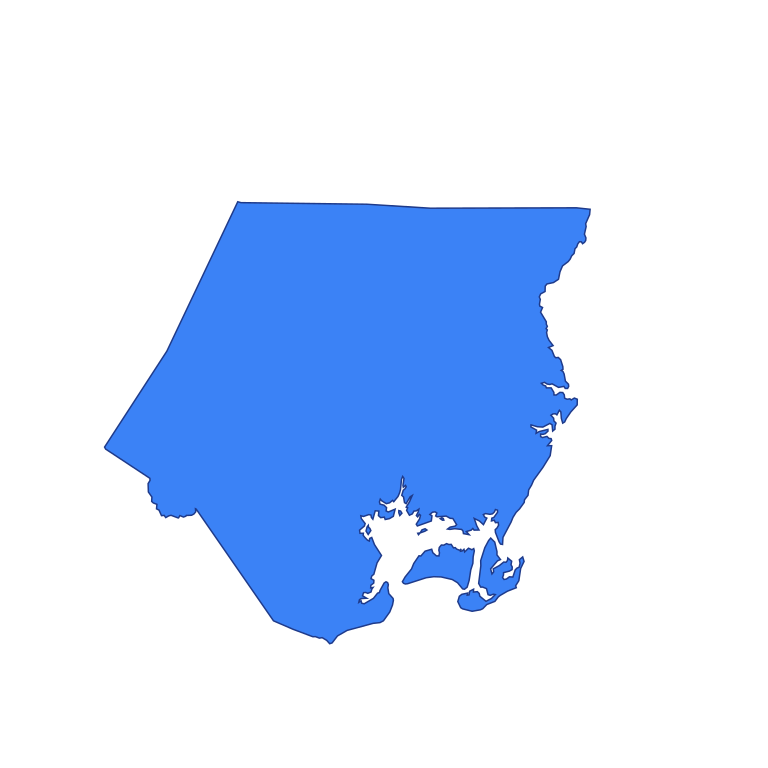 outline of Lamu West, Coast, Kenya, rotated 33°
{"feature_id": "3690345B28138832354018", "entity_name": "Lamu West", "entity_type": "district", "adm_level": 2, "iso_a3": "KEN", "parent_name": "Kenya", "parent_adm1": "Coast", "projection": "equal_earth", "projection_center": [40.664, -2.131], "detail": "fine", "context": "isolated", "style": "filled", "palette": "blue", "viewbox_px": 768, "rotation_deg": 33, "n_neighbors": 0, "source": "geoboundaries", "source_scale": "gbopen_adm2", "svg_char_len": 6177}
<svg xmlns="http://www.w3.org/2000/svg" viewBox="0 0 768 768"><g transform="rotate(33 384 384)"><path d="M462.0,634.7L464.1,633.2L468.2,632.3L470.3,630.4L475.5,630.2L479.9,631.4L481.5,629.4L482.2,620.6L487.3,610.7L505.3,590.6L510.6,586.3L512.5,582.9L513.0,572.0L511.5,564.7L509.7,560.3L508.4,558.9L502.2,557.2L498.2,552.8L496.9,549.9L495.2,548.6L493.4,548.8L492.5,550.8L493.1,559.2L493.7,561.5L492.5,562.9L491.9,569.5L487.1,579.1L484.7,580.0L482.8,578.3L481.8,580.8L480.9,578.3L481.7,576.4L486.2,573.1L481.3,573.3L480.5,570.1L482.2,568.8L484.4,568.4L486.4,565.5L485.5,562.6L485.6,560.6L483.9,562.3L482.6,560.0L483.8,556.5L482.4,554.1L479.1,554.3L478.3,551.7L479.1,549.1L475.6,537.8L475.3,529.2L463.5,523.9L457.3,519.4L456.1,521.3L457.2,523.7L455.2,524.0L451.1,523.0L448.9,522.2L448.0,520.4L445.2,522.3L443.1,519.9L444.9,513.8L444.2,511.3L438.2,509.2L436.3,507.1L438.9,506.3L442.4,501.8L444.4,501.0L446.1,502.8L448.3,503.5L445.7,495.1L448.9,493.4L451.0,497.4L454.0,497.9L456.8,495.5L458.8,497.0L461.9,493.9L463.9,489.9L461.5,482.9L457.3,489.0L454.9,489.3L453.5,486.3L450.0,485.6L446.1,486.9L444.4,485.4L443.6,482.6L445.6,483.2L451.1,483.1L453.4,480.6L454.6,476.9L456.3,477.4L457.0,470.7L456.4,467.1L455.4,463.7L450.6,454.4L450.0,451.4L452.2,452.3L455.1,458.7L456.4,460.0L457.3,457.3L458.6,458.1L458.7,460.4L458.0,462.6L459.5,467.7L461.9,468.1L465.8,472.3L467.7,472.3L467.4,464.2L468.4,462.1L469.5,468.8L469.7,475.2L471.2,474.9L471.8,477.7L476.8,480.2L478.5,477.5L478.3,474.3L480.1,472.9L481.4,470.0L482.4,472.9L482.8,476.7L484.6,477.1L484.6,474.1L486.1,474.2L487.3,477.8L487.4,484.0L489.3,484.9L498.3,473.1L496.0,468.4L493.5,468.4L494.5,465.1L496.5,463.4L498.6,463.4L499.2,466.5L500.8,466.5L508.1,460.9L512.7,460.6L515.0,459.3L521.5,462.4L521.0,464.5L517.4,468.0L516.3,471.0L518.4,470.1L522.2,466.8L528.3,463.7L530.4,464.3L532.1,466.2L537.5,464.0L533.4,462.9L536.7,459.1L537.2,456.8L539.1,457.5L543.2,454.7L539.0,452.4L532.9,447.6L538.6,446.9L544.0,447.8L543.3,440.5L540.9,440.8L538.4,439.4L539.7,437.4L543.8,435.6L545.7,433.8L546.3,431.0L545.8,428.6L547.9,428.0L549.1,429.7L548.8,436.1L547.5,437.8L548.7,440.3L550.7,438.2L553.0,439.6L555.1,437.9L557.0,440.0L557.2,443.2L556.6,445.6L558.3,447.8L566.5,453.7L568.9,454.8L570.8,454.0L567.3,447.8L565.8,430.7L564.8,425.6L564.7,419.7L565.7,414.9L566.1,407.0L564.9,404.6L565.4,398.9L563.0,394.0L562.8,388.4L561.9,383.2L562.7,367.3L562.4,353.6L558.2,344.4L554.7,346.7L555.4,340.0L553.9,338.8L551.9,339.8L549.2,339.2L546.1,342.6L544.0,342.8L542.6,340.7L544.8,339.6L546.3,337.8L547.2,334.2L546.2,332.8L540.1,339.3L538.4,342.5L537.1,339.6L530.6,340.0L529.6,338.2L535.9,336.3L540.7,333.6L544.6,326.7L547.2,326.7L551.1,331.6L552.0,328.8L550.4,326.3L549.6,323.1L546.6,322.4L544.9,320.3L541.0,319.3L542.0,317.1L543.9,315.6L545.8,315.7L545.4,310.5L547.5,311.1L551.5,316.3L555.2,319.5L556.2,317.4L555.7,313.7L555.9,305.6L557.4,296.3L554.4,291.5L551.3,292.1L549.7,295.4L548.0,295.2L545.8,297.1L543.2,297.5L541.1,294.9L538.6,293.8L536.1,295.2L534.5,299.4L532.5,300.6L531.0,298.5L526.3,296.2L522.3,298.8L520.6,297.6L518.1,298.2L515.6,297.7L517.7,295.2L520.8,295.2L523.3,294.1L524.9,292.3L532.2,291.8L536.2,288.0L538.4,289.0L540.4,287.7L540.2,285.4L538.8,283.7L534.6,282.8L529.6,277.5L527.2,276.0L525.2,276.1L526.1,274.2L524.5,272.0L518.9,267.4L515.7,266.8L513.8,268.4L511.9,268.1L506.5,264.3L502.1,263.8L504.9,259.7L498.7,257.5L495.3,255.4L492.3,252.3L491.5,249.7L489.8,249.3L489.6,246.7L487.6,245.5L486.2,243.4L476.2,238.5L475.3,233.5L472.2,233.8L470.9,232.4L469.0,227.9L466.8,226.4L466.3,223.1L468.7,218.7L465.9,214.1L466.2,211.3L470.9,206.6L473.3,201.1L470.5,194.1L469.4,187.7L471.8,181.0L472.1,177.8L471.6,174.3L472.3,171.0L470.5,166.5L471.0,164.1L470.2,161.0L470.4,158.2L472.2,157.3L474.1,158.2L475.0,156.0L475.0,153.8L473.8,151.5L470.5,149.2L467.8,141.9L465.8,139.7L464.2,130.0L461.7,125.2L449.5,131.4L327.0,211.4L271.5,242.7L165.3,309.8L162.1,310.8L184.0,474.7L184.0,589.1L186.0,590.2L239.0,590.6L240.3,592.3L240.4,596.0L245.2,602.9L250.9,605.2L253.1,609.0L255.3,609.4L259.1,608.6L261.2,612.6L264.0,612.3L269.1,615.6L271.2,613.9L273.7,614.9L275.3,611.8L276.9,610.1L284.1,608.5L284.6,608.2L284.5,605.5L288.3,604.8L289.8,602.8L289.8,601.9L294.1,598.9L295.4,596.5L295.7,593.7L293.8,591.3L294.6,591.2L420.3,642.8L441.1,639.3L462.0,634.7ZM552.9,480.4L550.6,474.7L548.9,473.2L548.0,475.1L544.3,475.7L543.1,480.9L541.1,479.1L540.4,481.6L539.3,482.6L538.5,480.3L538.2,482.2L534.8,482.9L532.9,482.4L531.5,483.6L527.7,481.9L525.8,483.3L523.4,483.8L521.9,486.6L519.8,487.8L519.4,491.0L520.5,493.5L522.5,495.4L523.7,498.3L521.5,499.6L516.8,498.9L514.0,496.6L509.5,501.8L508.6,508.2L506.9,509.0L506.7,518.3L507.8,524.1L506.8,534.4L507.1,539.8L508.9,540.5L510.8,540.1L512.6,538.6L524.9,523.5L530.7,518.5L537.0,514.7L547.7,510.8L553.9,510.6L561.5,513.0L563.3,512.3L564.4,509.1L562.4,502.4L558.0,492.6L556.2,486.0L552.9,480.4ZM604.3,481.5L604.2,475.5L599.1,464.3L598.1,456.5L594.5,453.5L593.2,457.6L595.7,460.2L597.1,464.0L595.8,466.0L595.3,468.4L597.2,475.7L594.2,477.4L592.9,480.9L591.1,482.6L588.8,481.7L588.3,479.2L587.0,477.1L591.1,472.6L592.5,469.9L591.2,467.6L589.0,466.4L587.6,463.1L582.6,462.5L583.7,464.8L583.4,467.1L581.4,468.1L579.6,473.5L576.3,479.5L578.3,481.8L578.0,484.5L574.1,481.0L575.5,470.5L577.3,467.8L571.8,465.8L570.1,463.1L563.0,456.3L557.4,455.1L557.0,458.3L557.7,466.4L561.3,479.5L564.2,483.7L572.0,499.7L575.7,501.7L577.3,500.6L581.4,499.8L586.0,504.0L588.2,503.4L590.2,500.7L592.0,500.0L590.9,505.4L587.9,510.7L580.0,509.8L577.9,507.8L575.4,507.3L572.3,509.8L570.9,507.3L568.7,511.1L570.2,514.5L568.8,515.8L568.0,513.8L563.8,518.0L562.8,521.0L564.4,526.3L570.1,529.8L572.3,529.8L581.7,526.6L587.8,520.9L589.2,518.7L590.3,513.0L595.4,505.9L595.8,500.3L596.6,498.0L600.4,490.5L605.9,482.8L604.3,481.5ZM452.7,518.8L452.8,514.1L450.8,512.8L449.1,512.6L447.8,511.1L447.7,513.2L449.0,517.1L452.7,518.8ZM495.4,489.2L498.4,485.3L499.5,483.1L497.3,483.0L495.3,485.6L495.4,489.2ZM469.4,482.6L467.1,481.5L465.4,482.1L466.5,483.9L468.9,485.7L469.4,482.6ZM507.2,466.4L508.3,465.6L507.0,464.5L505.5,464.7L504.5,466.3L507.2,466.4ZM495.4,489.2L493.6,490.8L495.0,491.6L495.4,489.2Z" fill="#3b82f6" stroke="#1e3a8a" stroke-width="1.5"/></g></svg>